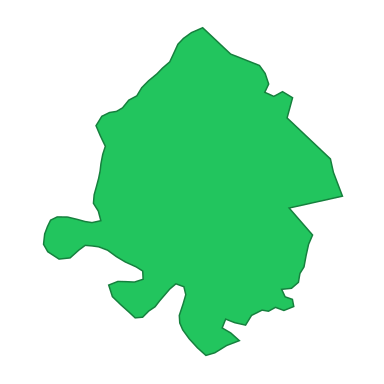 Cristal do Sul, Rio Grande do Sul, Brazil, rotated 178°
{"feature_id": "56859067B17915120062012", "entity_name": "Cristal do Sul", "entity_type": "district", "adm_level": 2, "iso_a3": "BRA", "parent_name": "Brazil", "parent_adm1": "Rio Grande do Sul", "projection": "albers", "projection_center": [-53.236, -27.433], "detail": "fine", "context": "isolated", "style": "filled", "palette": "green", "viewbox_px": 384, "rotation_deg": 178, "n_neighbors": 0, "source": "geoboundaries", "source_scale": "gbopen_adm2", "svg_char_len": 1449}
<svg xmlns="http://www.w3.org/2000/svg" viewBox="0 0 384 384"><g transform="rotate(178 192 192)"><path d="M149.9,41.8L158.1,49.7L166.6,55.1L162.8,63.8L153.8,59.9L143.1,57.1L136.8,66.6L126.1,71.5L119.7,70.2L112.6,73.8L104.3,70.4L94.3,74.0L95.4,81.2L102.6,84.0L105.8,91.6L95.9,92.3L88.8,98.0L87.0,106.8L82.7,113.2L80.2,124.5L77.3,135.7L73.0,144.8L95.5,172.6L41.8,182.6L50.0,206.7L52.5,220.2L94.4,262.7L88.2,282.7L98.0,289.1L106.9,284.7L115.8,289.1L111.6,297.2L114.8,308.0L120.2,316.1L148.6,328.5L175.6,355.8L187.0,351.3L195.2,345.8L200.9,340.2L204.5,333.0L209.7,322.8L217.2,316.8L222.9,311.3L231.5,304.7L238.6,298.0L243.8,290.0L252.0,286.0L258.5,278.5L264.6,275.2L271.7,274.3L279.5,270.8L285.6,261.6L281.7,251.5L277.0,240.7L279.9,232.7L282.0,223.5L283.1,216.1L284.8,209.0L287.4,200.5L289.9,192.6L290.9,184.1L286.3,176.2L284.1,166.5L293.0,164.9L299.9,166.2L307.2,168.5L317.2,171.3L327.6,171.8L334.3,168.8L337.6,162.6L340.7,155.2L342.2,144.9L338.2,137.3L327.2,129.6L316.1,130.4L307.0,138.0L300.6,142.4L293.8,141.6L287.3,140.5L278.4,136.8L269.9,130.1L261.1,124.4L250.4,119.1L244.0,114.7L243.9,106.5L252.7,104.0L261.1,104.7L269.2,105.2L278.5,101.9L275.2,90.2L267.2,81.9L259.0,74.0L253.2,68.2L245.7,68.6L239.3,74.6L232.9,78.6L228.2,84.3L217.6,95.8L211.3,100.8L203.4,97.6L201.8,89.6L204.7,80.7L209.0,69.1L208.8,61.5L206.1,54.6L199.9,45.4L192.0,36.1L183.8,28.2L174.8,30.5L162.7,37.4L149.9,41.8Z" fill="#22c55e" stroke="#15803d" stroke-width="1.5"/></g></svg>